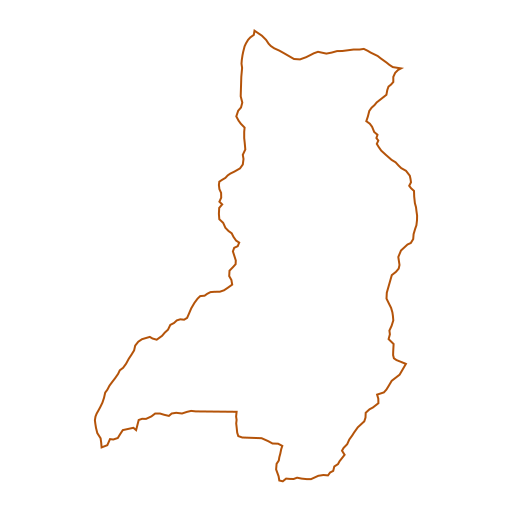 Penápolis, São Paulo, Brazil
{"feature_id": "56859067B20173469522033", "entity_name": "Penápolis", "entity_type": "district", "adm_level": 2, "iso_a3": "BRA", "parent_name": "Brazil", "parent_adm1": "São Paulo", "projection": "albers", "projection_center": [-50.11, -21.392], "detail": "fine", "context": "isolated", "style": "outline", "palette": "amber", "viewbox_px": 512, "rotation_deg": 0, "n_neighbors": 0, "source": "geoboundaries", "source_scale": "gbopen_adm2", "svg_char_len": 3622}
<svg xmlns="http://www.w3.org/2000/svg" viewBox="0 0 512 512"><path d="M328.0,475.4L330.1,472.5L333.2,470.9L334.3,466.5L338.0,464.1L339.5,461.3L344.6,454.8L342.0,450.7L343.6,447.9L347.2,444.2L349.3,439.5L352.2,435.5L354.1,432.5L357.8,427.3L364.3,421.3L365.5,417.6L365.7,412.8L369.5,409.3L372.9,407.5L378.4,403.2L378.3,398.7L377.1,394.6L383.9,392.4L386.4,389.6L388.5,386.2L391.7,380.8L399.6,374.7L405.9,363.9L396.5,360.1L393.9,358.3L393.1,355.1L393.2,351.5L393.6,344.0L388.6,339.1L389.9,334.3L389.4,330.6L391.6,325.8L393.3,320.4L392.9,315.8L392.4,312.4L391.1,307.9L388.7,303.1L386.5,298.6L386.8,292.7L391.8,275.1L396.0,271.8L398.7,268.6L399.5,265.0L398.3,257.0L401.0,250.5L407.5,244.5L410.8,243.0L413.2,239.1L413.6,234.1L415.2,228.7L416.4,225.3L417.0,220.3L417.1,215.7L416.4,210.6L416.0,207.2L414.9,203.2L414.2,196.7L414.0,190.9L411.1,188.3L409.2,185.8L411.0,182.3L410.5,178.9L409.8,175.7L406.0,170.8L401.2,168.1L398.6,165.6L395.6,162.3L391.6,159.9L386.0,155.0L381.2,150.6L378.7,147.0L376.8,143.9L378.3,140.6L376.4,138.0L377.5,134.8L374.2,132.0L372.1,126.8L369.8,123.7L366.3,121.2L367.9,116.4L369.3,110.9L371.6,107.7L374.5,105.1L376.7,102.4L386.4,94.8L387.3,90.0L388.5,86.6L391.0,84.6L393.3,82.0L393.3,76.9L395.2,72.8L398.0,70.0L401.0,68.4L392.8,67.1L389.3,64.8L386.6,62.6L380.6,58.3L377.7,56.0L370.7,52.6L367.7,50.8L363.8,48.9L359.8,49.5L353.8,49.5L342.3,51.0L337.0,51.1L331.6,52.6L326.4,53.6L322.1,52.7L318.0,51.8L313.8,53.3L310.3,55.1L306.1,57.2L300.0,59.4L294.0,59.0L284.3,53.4L279.3,50.6L274.2,48.3L270.8,46.0L268.6,43.7L266.1,39.9L261.9,35.7L254.5,30.7L253.8,34.9L250.3,37.4L248.1,39.8L246.0,43.3L244.6,46.3L243.2,51.8L242.5,55.2L241.8,59.9L241.5,63.7L242.1,67.9L241.3,76.8L240.7,96.3L242.3,102.6L241.0,107.5L238.2,110.7L236.3,116.4L238.6,120.7L240.8,123.7L244.6,127.6L244.2,131.8L244.2,138.1L244.7,142.7L245.0,145.9L245.3,149.5L242.8,154.8L243.5,159.0L242.8,164.5L240.0,168.4L234.4,171.6L230.3,173.6L227.7,175.4L225.4,177.9L222.0,179.9L219.3,181.7L218.9,185.0L219.4,189.1L221.1,192.9L221.2,197.7L219.4,201.7L222.2,204.4L219.2,207.9L218.9,213.8L219.3,219.2L223.2,222.9L225.4,227.8L228.5,231.0L231.7,233.3L233.5,236.9L236.1,240.6L239.2,242.6L237.7,246.2L234.2,247.8L232.9,251.4L234.5,256.4L235.8,260.5L235.6,264.2L233.0,267.1L229.5,270.7L229.2,276.1L231.4,280.0L232.2,284.6L227.9,287.7L224.0,290.3L219.9,291.7L214.4,291.8L210.5,292.1L207.2,293.8L204.6,295.7L200.2,296.1L197.6,298.6L194.6,302.6L191.3,308.2L188.6,314.5L187.1,317.9L184.1,319.7L180.3,319.3L176.8,320.4L174.0,323.0L170.3,324.9L168.0,329.7L164.8,332.6L162.1,335.8L156.7,339.7L152.5,338.5L149.8,336.9L146.4,337.9L142.0,339.2L138.3,341.7L135.2,345.6L134.1,350.4L131.4,354.8L128.8,358.7L126.1,363.7L123.1,367.8L119.8,370.3L118.1,373.9L115.1,378.2L112.4,381.7L109.5,385.6L107.3,389.8L105.2,392.6L104.0,397.9L102.4,402.7L100.2,407.2L98.3,410.7L96.7,413.5L95.5,416.5L94.9,420.2L95.3,423.5L96.0,427.9L97.3,433.1L100.6,438.3L101.2,442.8L101.6,447.4L107.3,445.2L110.0,439.1L113.3,439.5L117.8,438.0L120.1,434.2L122.8,430.1L128.8,428.8L133.4,427.8L136.1,430.1L138.7,420.0L142.1,418.8L146.0,418.9L151.4,416.4L155.2,413.5L159.9,413.5L164.2,414.8L168.9,415.9L171.7,413.5L176.2,412.8L182.0,413.5L186.9,411.9L191.1,410.9L195.8,411.4L236.6,411.8L236.1,416.6L236.6,419.9L236.2,423.4L236.7,427.9L237.2,432.7L238.3,436.1L242.3,437.5L261.6,438.2L268.3,441.2L272.5,443.5L278.1,443.7L282.3,445.9L281.2,449.2L280.3,453.6L279.3,457.3L278.8,460.5L276.6,463.8L276.1,469.4L278.6,476.3L279.3,480.5L282.8,481.3L286.1,478.6L289.6,478.9L293.6,479.0L297.1,477.7L301.6,478.6L306.5,479.1L311.1,479.1L318.3,475.8L323.4,475.0L328.0,475.4Z" fill="none" stroke="#b45309" stroke-width="2"/></svg>